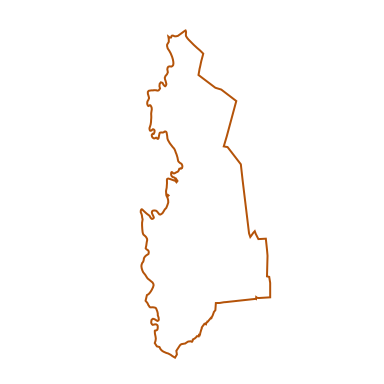 outline of Ape, Apes, Latvia, rotated 260°
{"feature_id": "27541924B31450842752545", "entity_name": "Ape", "entity_type": "district", "adm_level": 2, "iso_a3": "LVA", "parent_name": "Latvia", "parent_adm1": "Apes", "projection": "natural_earth1", "projection_center": [26.703, 57.539], "detail": "fine", "context": "isolated", "style": "outline", "palette": "amber", "viewbox_px": 384, "rotation_deg": 260, "n_neighbors": 0, "source": "geoboundaries", "source_scale": "gbopen_adm2", "svg_char_len": 5930}
<svg xmlns="http://www.w3.org/2000/svg" viewBox="0 0 384 384"><g transform="rotate(260 192 192)"><path d="M344.2,214.2L344.6,214.0L345.8,213.5L346.5,213.2L347.5,213.2L348.5,213.4L349.8,213.7L350.4,213.9L351.5,213.9L352.2,213.7L352.0,213.0L348.2,205.2L348.1,203.2L348.4,201.9L349.3,200.5L349.5,199.6L349.1,198.9L347.8,198.2L347.9,196.9L349.2,195.7L346.7,195.7L343.9,195.2L341.5,193.1L340.1,192.8L337.6,193.0L335.1,194.1L332.2,195.1L328.5,195.9L325.8,196.2L323.4,196.2L321.7,196.0L320.3,195.5L319.4,194.5L319.1,193.5L319.6,191.8L319.5,190.5L318.8,189.7L317.2,189.0L314.1,189.0L312.4,187.9L310.7,185.9L309.1,185.0L307.6,185.0L305.8,185.3L303.0,185.5L302.2,185.3L301.2,184.6L300.8,183.9L301.1,183.5L302.7,182.5L304.6,181.9L305.4,180.4L304.2,179.0L301.9,178.3L299.5,178.5L298.2,177.2L297.9,176.8L297.8,176.3L297.8,175.9L298.0,175.1L298.4,174.5L298.9,172.0L298.8,171.2L299.0,170.6L299.1,170.0L299.2,168.0L299.2,167.2L299.0,166.7L298.7,166.4L298.2,165.9L297.1,165.7L296.2,165.6L294.8,165.8L292.8,166.0L292.2,166.0L291.6,165.9L290.8,165.3L290.1,164.9L289.4,164.2L288.4,163.6L287.5,163.4L286.6,163.2L285.7,163.3L284.7,163.6L284.3,163.9L284.2,164.1L284.8,165.6L284.7,165.9L284.4,166.2L283.9,166.4L283.0,166.7L282.0,166.9L280.9,166.8L280.2,166.7L279.6,166.5L279.1,166.3L276.7,165.5L275.7,165.3L274.8,165.2L272.7,164.9L271.4,164.6L270.3,164.3L269.0,164.0L268.1,163.8L265.7,163.0L263.7,162.0L262.7,161.4L262.1,161.2L261.4,161.1L260.9,161.1L260.1,161.2L259.8,161.3L259.6,161.5L259.5,161.8L259.6,162.8L260.2,163.6L260.6,164.5L260.0,165.4L259.2,165.8L258.4,165.7L257.2,165.3L256.0,164.5L255.8,164.2L256.2,163.4L255.8,162.9L255.2,162.3L254.8,162.2L254.3,162.2L253.7,162.2L252.5,162.6L251.5,163.6L251.3,164.1L251.4,164.5L251.4,164.9L251.4,165.2L251.7,165.8L251.7,166.1L251.6,166.4L251.3,166.7L250.8,167.1L250.4,167.2L250.3,167.5L250.3,167.9L250.8,168.4L252.4,169.0L253.2,169.3L254.1,169.7L254.9,170.0L255.4,170.2L255.9,170.6L256.0,171.2L256.0,171.8L255.9,172.4L255.7,173.1L255.6,173.8L255.9,175.0L256.2,175.3L256.3,175.9L256.2,176.3L256.0,176.7L255.5,177.1L254.8,177.3L253.9,177.3L252.1,177.3L250.2,177.2L249.2,177.1L248.3,177.2L247.5,177.3L246.6,177.6L243.9,178.6L242.3,179.4L241.4,179.9L239.8,180.7L237.9,181.9L236.1,182.5L233.5,182.9L231.8,183.3L228.3,183.7L226.4,183.7L225.0,183.8L224.5,183.9L224.0,184.2L222.7,185.2L221.7,186.4L220.9,186.8L219.9,187.0L219.0,187.0L218.1,186.7L217.3,186.3L217.2,185.9L217.0,185.6L216.9,185.2L217.3,184.9L217.1,184.2L217.1,183.6L216.6,183.2L216.0,182.9L215.4,182.6L215.0,182.1L214.6,181.7L214.4,181.3L214.2,180.3L214.0,179.6L213.6,178.6L213.4,177.7L213.5,177.2L213.8,176.7L214.7,176.1L215.0,175.8L215.1,175.3L214.8,175.0L214.4,174.8L213.1,174.5L212.3,174.5L211.6,174.6L210.8,175.0L210.1,175.6L209.6,176.6L208.9,177.5L208.4,177.8L207.7,177.9L207.9,178.5L205.4,179.6L204.3,178.4L205.4,177.8L206.2,177.5L206.0,177.3L206.5,176.3L208.4,173.0L209.4,170.9L209.2,169.9L208.3,169.4L205.0,168.9L200.6,167.8L199.6,167.4L197.5,166.6L194.1,166.2L193.8,166.3L193.6,167.5L192.7,168.3L192.1,167.4L192.2,166.4L190.5,166.9L188.2,167.1L185.8,166.8L183.2,165.4L180.8,163.9L179.5,162.1L178.3,161.1L176.3,159.3L175.6,157.9L175.3,156.9L175.6,156.0L176.1,155.7L177.2,155.1L179.0,154.1L179.9,153.2L180.4,151.6L180.4,150.2L180.2,149.7L179.6,149.2L178.7,148.9L177.5,149.0L176.0,149.4L174.6,149.8L173.6,150.0L173.1,149.8L172.6,149.1L172.4,148.4L172.6,147.6L173.8,146.8L176.0,146.0L177.3,144.8L178.7,143.5L181.4,141.4L183.5,139.9L183.7,139.3L183.3,138.8L182.4,138.3L181.0,138.0L179.0,138.5L177.4,138.6L175.4,138.5L173.6,138.6L170.4,137.5L167.6,137.0L164.1,136.6L161.1,136.4L159.4,136.5L158.3,136.9L156.9,138.1L155.5,139.0L153.7,139.6L152.4,139.5L150.4,138.7L147.3,137.7L144.6,136.6L144.0,136.9L143.2,137.5L142.2,138.6L141.2,139.0L139.9,138.9L138.6,138.4L138.3,137.9L137.6,136.1L136.8,134.8L136.0,133.9L135.0,133.1L134.2,132.9L132.9,132.4L131.8,131.8L130.8,130.7L129.3,129.8L127.9,129.3L125.7,129.2L123.3,129.5L121.4,130.0L118.5,131.6L116.5,132.4L114.5,133.3L112.6,135.0L110.9,136.4L109.8,137.4L108.1,138.0L106.9,138.0L105.0,137.1L102.8,135.5L101.5,134.4L100.1,133.0L98.9,131.4L98.3,129.7L96.2,128.8L94.6,128.1L93.3,127.5L92.9,127.4L91.7,128.1L90.2,128.9L87.9,129.5L87.3,129.9L86.5,130.1L85.7,130.8L85.4,132.2L85.3,133.4L84.6,135.4L84.0,136.2L83.3,136.5L80.3,137.1L78.3,137.2L76.6,136.9L74.0,137.3L72.0,137.1L71.3,136.6L71.0,135.7L71.5,134.9L72.7,133.7L73.7,132.2L73.9,131.4L73.2,130.1L71.9,129.5L70.2,129.1L68.7,129.6L68.0,130.2L68.0,131.0L68.1,132.4L67.9,133.6L67.2,134.5L66.5,134.9L65.3,134.9L63.6,134.5L62.5,134.0L62.1,133.4L61.9,132.6L62.0,131.6L61.8,131.3L60.8,131.1L58.9,130.9L56.0,131.0L53.8,130.9L51.7,130.2L49.7,129.1L46.1,130.6L45.0,133.0L42.5,133.8L40.8,135.0L39.7,136.2L38.0,138.7L37.1,140.5L35.3,142.8L34.0,144.0L31.8,146.5L34.6,148.9L38.3,149.0L43.2,153.6L44.0,155.1L44.0,159.1L44.7,160.5L45.4,162.3L45.2,164.9L44.6,165.7L44.5,165.9L45.5,166.9L46.6,167.2L47.2,169.1L48.4,171.1L49.1,171.7L49.0,172.9L48.7,173.4L50.0,174.0L49.5,174.6L50.4,175.2L51.8,175.7L55.2,177.4L55.8,177.9L56.6,178.0L57.2,178.4L60.1,181.4L60.1,181.8L59.7,182.0L59.8,182.4L59.7,182.6L59.4,182.6L59.3,182.8L60.5,183.1L60.7,183.5L60.9,184.0L61.0,184.3L61.2,184.5L61.7,184.6L61.7,184.8L61.7,185.1L61.8,185.4L61.9,185.5L62.2,185.7L62.5,186.1L64.7,188.7L64.8,188.8L64.4,189.2L64.5,189.3L64.9,189.4L66.8,190.9L69.6,192.5L69.9,192.6L71.6,194.5L78.5,196.2L77.9,200.1L77.9,204.3L77.7,206.1L75.7,236.2L75.5,236.5L77.3,237.0L76.5,237.7L76.0,239.3L75.7,241.9L74.7,250.7L88.9,253.2L95.0,253.3L95.9,251.2L100.8,252.2L116.1,255.3L121.6,255.8L133.2,256.6L134.1,249.2L139.7,247.5L142.5,247.0L141.0,245.1L138.6,242.7L137.6,241.6L141.3,241.0L195.0,243.9L210.8,244.9L230.1,234.8L230.6,233.3L231.4,231.2L240.8,235.9L273.9,251.4L287.8,238.6L290.6,233.1L306.1,218.7L309.6,220.0L311.9,220.8L313.7,221.6L315.4,222.3L317.7,223.2L319.6,224.0L324.5,226.3L326.3,227.1L330.0,224.5L332.9,222.1L336.7,219.2L342.8,215.0L344.2,214.2Z" fill="none" stroke="#b45309" stroke-width="2"/></g></svg>